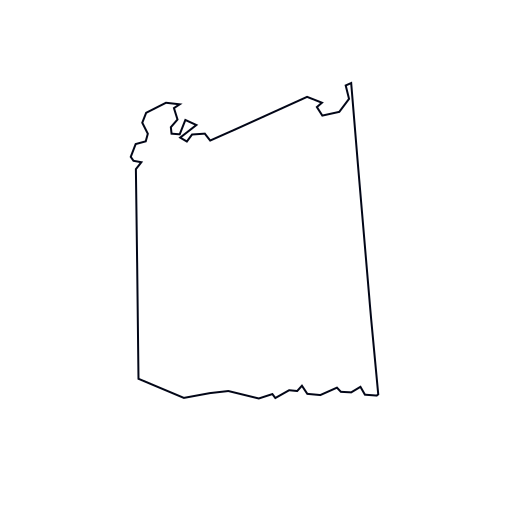 Holmes, Mississippi, United States of America (Natural Earth projection), rotated 66°
{"feature_id": "52423323B40462865306568", "entity_name": "Holmes", "entity_type": "district", "adm_level": 2, "iso_a3": "USA", "parent_name": "United States of America", "parent_adm1": "Mississippi", "projection": "natural_earth1", "projection_center": [-90.149, 33.127], "detail": "fine", "context": "isolated", "style": "outline", "palette": "ink", "viewbox_px": 512, "rotation_deg": 66, "n_neighbors": 0, "source": "geoboundaries", "source_scale": "gbopen_adm2", "svg_char_len": 854}
<svg xmlns="http://www.w3.org/2000/svg" viewBox="0 0 512 512"><g transform="rotate(66 256 256)"><path d="M131.4,144.6L131.9,218.3L131.9,250.9L123.4,253.0L119.0,265.0L123.3,272.6L117.0,277.1L112.1,257.2L103.0,265.2L113.8,276.2L109.9,283.4L103.7,281.4L99.4,272.2L87.5,270.8L86.4,264.0L79.4,275.9L80.5,298.1L88.0,305.7L100.3,305.1L106.4,310.1L104.8,320.4L114.5,330.1L119.2,329.2L123.7,322.6L127.8,330.4L212.8,366.9L214.7,367.7L320.4,413.3L356.3,379.6L362.5,353.9L368.1,336.2L387.3,311.4L388.8,297.2L393.6,296.1L392.1,280.3L396.1,273.3L393.2,266.8L402.8,265.2L409.2,253.8L409.2,235.6L414.6,233.7L419.3,224.5L418.0,213.8L427.0,212.9L432.6,202.5L432.1,200.6L359.7,176.2L346.6,171.7L340.3,169.5L212.5,125.2L136.7,98.7L136.7,104.7L150.3,107.1L158.2,121.3L154.7,138.3L144.7,139.8L142.8,133.4L131.4,144.6Z" fill="none" stroke="#020617" stroke-width="2"/></g></svg>